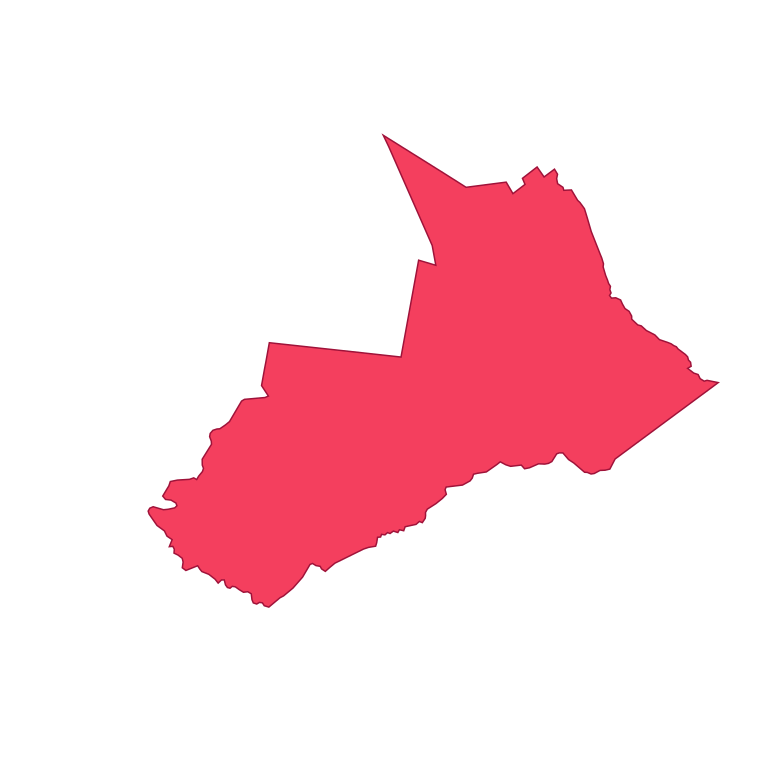 São Luiz, Roraima, Brazil, rotated 54°
{"feature_id": "56859067B55722960817653", "entity_name": "São Luiz", "entity_type": "district", "adm_level": 2, "iso_a3": "BRA", "parent_name": "Brazil", "parent_adm1": "Roraima", "projection": "orthographic", "projection_center": [-60.131, 0.848], "detail": "fine", "context": "isolated", "style": "filled", "palette": "rose", "viewbox_px": 768, "rotation_deg": 54, "n_neighbors": 0, "source": "geoboundaries", "source_scale": "gbopen_adm2", "svg_char_len": 2894}
<svg xmlns="http://www.w3.org/2000/svg" viewBox="0 0 768 768"><g transform="rotate(54 384 384)"><path d="M310.4,119.8L310.6,132.8L298.4,132.6L299.0,151.1L305.4,152.6L305.8,167.8L292.5,166.5L273.1,202.0L269.0,203.6L248.1,211.9L182.4,238.4L194.9,240.7L201.8,242.2L253.9,253.5L300.3,263.6L318.4,272.3L304.2,283.2L372.2,354.4L348.3,380.7L283.2,452.5L297.1,467.0L301.4,471.6L313.3,484.0L325.8,484.6L325.0,488.2L314.4,505.9L314.1,509.3L323.6,531.1L323.9,536.6L323.7,543.2L322.2,545.6L320.9,549.6L321.8,553.6L324.1,556.0L328.7,557.3L331.4,559.0L338.0,575.3L342.8,578.7L346.1,579.6L348.1,582.3L349.6,588.1L351.2,591.7L348.1,593.1L346.8,597.4L340.3,607.6L337.3,614.2L340.0,618.0L341.4,621.4L344.6,628.9L349.0,628.6L352.7,624.6L358.0,622.3L360.8,623.1L361.2,626.1L358.5,632.2L356.1,636.3L347.6,642.9L346.8,646.5L348.2,649.5L351.2,650.5L365.0,650.8L373.8,648.0L379.5,649.0L385.4,646.9L389.4,653.3L391.2,650.3L394.3,650.7L397.4,653.3L401.3,651.2L406.4,649.7L410.0,651.2L414.1,655.2L418.4,653.9L421.5,641.6L425.6,641.8L428.7,641.6L435.0,637.6L442.6,635.4L447.6,635.2L447.0,630.7L448.6,628.4L453.3,630.3L456.6,630.3L458.7,628.6L458.5,625.7L460.7,623.5L465.3,622.0L469.9,620.1L472.0,616.3L475.7,614.7L480.9,617.6L484.3,618.4L487.2,616.3L487.5,613.1L489.6,611.0L493.0,611.2L496.8,608.3L495.8,593.8L496.4,589.8L495.6,577.6L492.4,563.4L486.5,549.9L487.2,547.3L490.9,545.8L494.0,542.8L496.9,543.2L501.1,541.6L500.5,535.4L500.1,529.0L505.5,497.6L507.1,492.5L510.3,486.1L508.2,483.3L504.2,479.3L505.8,476.7L504.2,474.4L506.6,471.9L506.3,468.5L508.5,467.0L508.5,462.9L512.3,460.1L511.0,457.2L514.3,454.3L511.9,450.8L514.4,445.1L516.4,440.6L516.0,436.2L518.7,434.5L516.9,429.6L514.9,427.7L512.3,425.9L510.7,422.5L511.3,412.3L510.9,404.1L509.9,398.4L505.4,396.7L503.9,394.3L506.1,390.3L511.9,379.9L513.0,371.3L512.0,367.9L509.6,364.6L511.2,360.8L515.3,352.9L515.5,340.1L515.3,335.7L521.0,332.9L525.0,330.0L530.3,320.6L535.2,320.1L537.3,315.5L539.4,305.9L543.3,301.0L544.9,297.6L545.4,293.8L542.0,285.3L542.8,282.6L544.9,279.8L553.6,279.1L559.4,276.9L573.3,273.6L575.0,271.5L578.5,269.4L580.0,266.5L580.9,260.0L583.7,255.8L585.6,251.3L580.5,241.1L579.8,165.5L579.7,152.4L579.4,118.4L579.3,112.8L570.9,120.5L569.9,123.3L565.5,125.1L561.0,124.3L557.2,127.0L549.8,129.2L550.2,125.1L546.6,123.2L543.6,123.6L540.5,122.4L537.3,122.8L528.6,125.5L525.7,125.6L523.3,127.0L520.2,128.1L517.2,130.0L510.0,135.1L503.6,136.0L498.1,138.7L495.0,140.3L488.2,141.7L485.3,144.0L477.2,145.5L474.6,143.7L469.3,143.0L464.6,144.7L459.4,144.1L455.1,143.2L450.5,145.8L448.2,149.5L444.9,149.5L443.8,146.8L440.4,145.8L438.1,143.4L434.7,143.2L431.3,142.1L426.5,140.9L418.1,137.9L415.8,135.8L410.1,133.8L406.0,132.8L382.4,126.7L369.6,122.1L365.0,120.5L360.0,118.8L352.3,118.8L349.2,119.4L337.2,118.3L335.2,121.3L333.0,124.7L330.1,123.6L324.0,125.8L319.3,123.6L316.3,120.3L310.4,119.8Z" fill="#f43f5e" stroke="#9f1239" stroke-width="1.5"/></g></svg>